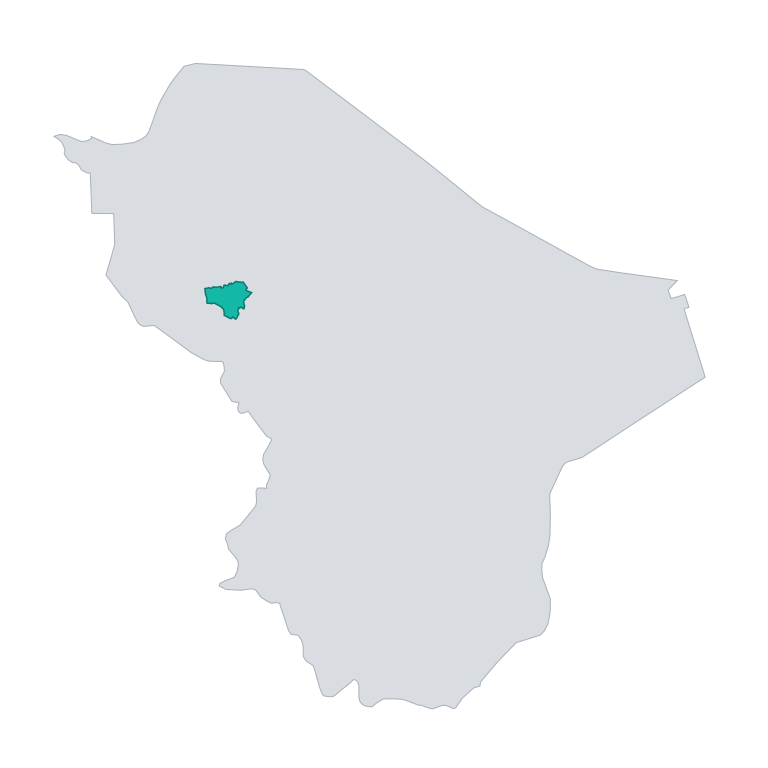 location of Al-Hai, Wasit, Iraq, rotated 178°
{"feature_id": "34846034B47380320671203", "entity_name": "Al-Hai", "entity_type": "district", "adm_level": 2, "iso_a3": "IRQ", "parent_name": "Iraq", "parent_adm1": "Wasit", "projection": "mercator", "projection_center": [45.957, 32.179], "detail": "fine", "context": "in_parent", "style": "filled", "palette": "teal", "viewbox_px": 768, "rotation_deg": 178, "n_neighbors": 0, "source": "geoboundaries", "source_scale": "gbopen_adm2", "svg_char_len": 4992}
<svg xmlns="http://www.w3.org/2000/svg" viewBox="0 0 768 768"><g transform="rotate(178 384 384)"><path d="M298.5,78.8L304.9,77.2L316.7,67.2L323.6,57.9L325.8,57.1L332.0,60.1L336.5,61.0L346.7,57.5L352.8,59.3L357.9,61.7L360.8,61.8L374.5,67.6L378.0,68.3L385.0,69.0L395.6,69.3L402.4,65.6L407.2,61.9L410.6,62.0L413.9,62.9L416.6,64.4L419.0,67.2L420.0,71.1L419.6,83.5L420.6,86.8L422.5,89.1L424.9,89.6L427.7,86.9L432.8,83.0L438.9,78.7L443.6,74.7L446.2,73.3L450.3,73.5L454.4,74.2L456.6,76.0L456.7,76.6L458.8,82.5L464.2,104.3L467.3,107.0L470.9,109.3L473.3,112.5L474.3,115.8L474.0,120.8L474.1,126.7L475.6,131.1L477.6,134.5L479.5,136.2L482.3,136.4L485.7,137.2L487.9,140.6L495.1,165.1L495.8,168.3L498.9,169.3L503.9,168.8L509.0,171.4L514.5,175.4L519.6,182.8L523.1,184.0L534.0,182.9L548.8,184.1L555.8,187.9L555.1,190.3L549.7,192.9L540.3,196.0L537.5,201.3L535.9,208.1L536.2,211.9L538.5,216.1L545.2,224.4L545.5,227.4L546.7,231.6L548.0,234.5L546.6,240.0L540.6,243.8L532.6,248.0L516.6,266.4L515.5,270.4L515.6,281.3L514.0,284.4L508.9,284.3L505.0,283.8L504.8,287.6L502.3,292.6L500.8,297.0L506.7,307.4L507.8,312.9L506.8,317.9L501.4,326.5L498.2,332.3L499.0,333.6L503.2,335.9L516.4,354.8L520.6,361.5L526.2,359.7L528.2,359.8L529.9,360.9L530.9,363.1L530.9,366.0L529.5,370.2L536.6,371.9L539.1,376.2L547.4,390.8L547.1,395.2L543.1,402.1L543.1,406.6L543.9,410.8L545.2,412.2L557.4,412.8L562.6,414.4L575.3,421.9L589.7,433.3L601.5,442.6L611.5,450.5L622.3,450.0L625.2,451.4L627.9,453.9L631.0,460.4L637.2,475.1L642.4,480.0L650.5,491.7L658.1,502.7L653.1,517.6L648.2,533.1L648.2,553.0L648.2,563.7L658.5,564.2L670.0,564.7L670.1,577.4L670.1,590.2L670.2,604.8L673.6,605.4L679.0,608.5L681.3,613.2L684.1,615.7L687.6,616.2L691.0,618.5L694.4,622.7L695.6,625.9L694.7,628.0L695.5,631.9L697.8,637.3L700.7,639.9L705.2,643.0L699.1,644.8L692.6,643.5L678.6,637.1L674.0,636.9L668.1,639.3L667.9,641.5L653.1,634.4L647.8,632.9L645.8,632.8L637.4,632.8L625.3,634.1L618.2,637.0L613.3,640.1L611.1,643.1L610.2,644.7L606.4,653.6L602.0,665.0L597.3,675.2L588.4,689.5L583.4,696.2L572.7,708.5L561.2,710.9L534.5,708.5L504.9,705.8L475.4,703.1L453.4,701.1L451.8,700.5L430.1,682.9L412.9,669.0L391.5,651.6L369.6,633.8L347.4,615.7L331.3,602.5L311.7,585.5L293.9,570.0L279.8,557.7L261.7,547.0L247.6,538.6L227.1,526.3L210.6,516.5L196.6,508.0L174.9,495.1L167.7,491.5L145.3,487.2L124.0,483.5L101.9,479.7L87.3,477.1L96.9,467.9L94.0,459.5L86.9,461.1L80.4,463.1L76.5,450.1L81.5,448.5L76.9,431.5L72.1,414.0L67.5,397.0L62.8,379.6L81.4,368.5L95.3,360.1L114.8,348.4L133.6,337.1L151.4,326.3L171.1,314.3L188.7,303.7L204.9,299.3L208.3,295.9L215.7,281.3L222.0,268.8L222.3,265.9L222.3,248.1L223.4,227.1L225.5,215.9L229.1,205.9L232.4,198.7L232.8,191.9L232.3,185.0L228.9,174.5L225.3,163.6L225.7,153.0L226.4,147.4L228.6,138.3L232.4,131.7L236.6,127.6L251.9,123.4L261.0,120.8L273.2,109.1L280.4,102.1L290.5,91.0L297.9,82.8L298.5,79.9L298.5,78.8Z" fill="#d9dde1" stroke="#a8b0b8" stroke-width="1"/><path d="M521.1,490.7L521.6,490.7L521.8,490.7L522.3,490.7L522.5,490.7L523.0,490.7L523.2,490.8L523.7,490.8L524.3,490.9L524.9,490.9L525.5,491.0L526.4,491.3L527.2,491.4L527.9,491.5L528.3,491.6L528.7,491.6L528.8,491.4L529.0,491.3L529.3,491.1L529.6,491.0L530.2,490.5L530.4,490.5L530.7,490.3L530.8,490.1L531.0,489.7L531.4,489.4L531.7,489.3L532.1,489.3L532.4,489.3L532.6,489.7L532.8,489.9L532.9,489.4L533.3,489.3L533.5,489.1L533.9,489.1L534.2,489.2L534.3,489.5L534.5,489.9L534.6,490.0L534.9,489.9L535.2,489.7L535.4,489.5L535.7,489.2L535.8,488.7L536.1,488.5L536.3,488.2L536.7,487.9L537.1,487.6L537.3,487.7L537.7,487.9L538.3,488.0L539.0,488.3L539.7,488.5L540.2,488.3L540.6,488.1L540.7,487.6L540.8,486.9L541.0,486.5L541.3,486.3L541.8,485.7L542.1,485.5L542.3,485.5L542.5,485.6L543.0,485.7L543.3,485.8L543.5,485.9L543.5,486.4L543.5,486.9L543.7,487.0L544.0,487.2L544.6,487.1L545.2,487.0L546.1,486.8L546.4,486.7L546.8,486.6L547.0,486.6L547.4,486.6L547.8,486.6L548.6,486.6L550.0,486.7L550.3,486.8L550.8,487.0L551.0,487.1L551.5,486.9L552.2,486.3L552.7,485.9L553.0,485.8L553.6,485.8L554.2,485.8L554.8,485.9L555.2,486.2L555.5,486.4L556.3,486.2L557.0,486.0L557.7,485.9L558.7,485.7L559.3,485.7L559.6,485.7L559.6,483.7L559.1,479.5L558.2,476.6L557.9,473.7L558.3,472.6L557.9,470.8L554.8,470.7L553.5,470.2L552.6,470.7L550.8,470.8L548.8,469.6L545.7,467.9L544.0,466.6L541.6,464.0L541.5,462.9L541.2,460.7L541.4,458.4L540.6,457.8L535.3,454.8L534.0,454.8L533.1,456.1L532.9,456.3L530.4,454.1L530.0,454.2L529.6,454.2L529.2,454.6L527.3,457.9L526.7,458.8L526.8,460.3L527.7,461.8L527.0,463.7L526.7,465.1L525.8,464.7L524.0,465.9L522.8,464.9L522.3,464.1L521.2,464.2L520.6,466.9L521.3,469.9L521.3,471.8L521.1,472.5L520.1,472.9L519.3,474.2L518.3,475.3L518.2,475.4L517.1,475.5L515.0,477.9L513.1,479.9L513.5,480.1L514.0,480.3L514.5,480.5L515.4,480.9L515.9,481.2L517.7,481.9L518.3,482.2L518.4,482.4L518.6,482.8L518.8,483.1L518.8,483.3L518.7,483.4L518.4,483.7L517.8,484.2L517.4,484.6L517.3,485.0L517.8,485.5L518.2,486.2L518.7,487.0L519.7,488.4L520.4,489.6L521.1,490.7Z" fill="#14b8a6" stroke="#0f766e" stroke-width="1.5"/></g></svg>